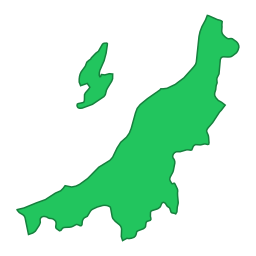 outline of Niigata
{"feature_id": "JPN-1867", "entity_name": "Niigata", "entity_type": "Prefecture", "adm_level": 1, "iso_a3": "JPN", "parent_name": "Japan", "parent_adm1": "", "projection": "orthographic", "projection_center": [138.832, 37.638], "detail": "fine", "context": "isolated", "style": "filled", "palette": "green", "viewbox_px": 256, "rotation_deg": 0, "n_neighbors": 0, "source": "natural_earth", "source_scale": "10m", "svg_char_len": 3716}
<svg xmlns="http://www.w3.org/2000/svg" viewBox="0 0 256 256"><path d="M17.1,209.6L23.9,208.0L36.3,202.9L45.2,199.7L55.4,193.1L60.7,190.8L63.1,188.4L65.1,185.7L71.7,187.0L76.0,186.1L79.7,184.3L87.7,178.5L98.8,167.2L110.0,160.3L112.7,157.2L114.6,153.2L117.1,148.0L120.8,142.2L126.5,137.2L129.3,133.2L131.2,128.5L135.5,112.9L137.2,108.4L140.2,104.6L147.4,98.7L160.0,89.9L160.8,88.8L163.1,88.8L167.1,88.3L175.3,84.4L177.5,82.7L183.9,77.9L193.9,66.7L195.6,64.3L196.3,62.1L199.0,36.5L200.0,31.8L201.9,26.7L205.5,20.0L207.3,15.4L208.6,15.7L217.4,19.6L220.1,20.3L221.4,20.9L222.2,21.5L222.1,22.5L222.0,23.5L221.9,24.9L222.0,26.8L221.7,31.3L222.2,33.4L223.0,34.7L224.2,36.0L225.5,37.2L226.9,38.2L228.3,38.8L231.1,38.5L232.4,38.8L236.4,41.7L237.3,42.7L238.0,43.7L238.7,45.4L238.9,47.2L238.2,49.7L237.4,51.4L236.4,52.8L232.8,55.6L231.4,56.5L229.9,56.9L227.7,57.0L223.9,56.8L222.5,56.9L221.1,57.8L220.3,59.6L219.0,73.9L217.1,77.7L216.8,79.2L217.1,82.7L217.1,82.9L216.2,85.4L216.0,86.7L215.7,89.7L214.8,92.6L214.6,94.1L214.8,95.8L216.0,97.9L218.2,100.4L221.6,102.3L225.2,105.1L221.4,110.1L219.5,112.1L212.7,122.5L208.1,127.8L207.0,129.5L206.6,130.9L206.9,132.1L207.2,132.9L207.7,134.0L208.3,135.4L208.6,137.1L209.0,142.7L208.7,144.2L207.7,144.5L205.0,143.9L203.7,144.1L201.5,144.7L200.2,144.9L195.5,144.6L194.0,145.5L193.2,146.5L191.8,149.9L190.8,150.2L187.8,149.8L186.4,149.9L180.2,151.7L176.5,151.7L174.8,152.5L173.5,153.9L172.9,155.3L172.7,156.5L172.9,157.7L173.7,158.8L174.4,160.1L174.8,161.6L174.8,163.2L173.4,170.4L172.9,172.0L170.1,177.3L169.7,179.2L170.1,180.7L171.4,182.9L172.0,183.7L172.8,183.7L173.6,183.3L174.5,183.3L175.1,184.2L177.2,188.6L177.6,189.8L177.7,191.2L177.5,192.8L177.6,195.9L178.2,202.3L178.1,203.7L177.3,207.0L176.9,211.9L175.7,213.9L174.3,213.3L173.2,213.1L172.0,212.9L171.0,212.1L169.9,208.6L169.4,207.8L168.6,207.2L168.4,207.1L167.8,206.7L167.2,206.2L166.7,205.5L165.9,204.2L165.5,203.6L164.7,202.8L163.5,202.3L162.3,202.7L161.5,203.9L160.6,206.1L160.0,207.1L159.7,207.4L157.7,208.8L151.8,210.7L150.9,211.3L150.5,212.5L150.4,216.3L150.8,218.0L150.9,219.4L150.3,220.3L147.0,221.4L146.2,222.3L145.9,223.5L145.5,226.7L144.8,227.6L143.5,228.7L138.2,230.7L136.8,231.6L136.0,234.7L135.4,236.0L134.0,237.3L131.5,238.2L129.0,238.6L126.9,238.3L122.6,240.6L121.3,236.6L121.6,229.2L121.3,227.6L120.4,225.8L119.5,224.8L115.2,221.3L112.9,218.6L112.2,216.8L110.7,208.5L110.3,207.1L110.1,206.9L108.4,206.0L106.8,205.5L104.8,205.3L103.0,205.4L97.3,207.0L93.2,208.9L91.5,209.9L90.3,211.3L87.3,216.3L84.7,217.6L83.6,218.5L82.7,220.1L82.3,221.5L82.0,224.6L81.4,225.6L80.2,225.8L78.4,224.9L77.3,224.6L76.5,224.4L75.8,224.7L72.9,226.3L71.4,226.9L69.6,227.2L65.1,227.4L63.6,227.6L62.4,228.4L60.9,230.4L59.5,230.8L56.3,228.5L55.9,227.8L55.7,226.9L56.1,223.8L56.0,222.5L55.7,221.4L55.0,220.5L54.1,219.7L52.6,218.8L51.1,218.5L49.5,218.4L48.2,217.9L46.6,216.9L45.2,216.6L43.8,216.4L42.9,216.6L42.2,216.8L41.4,217.2L40.7,218.0L40.2,219.0L40.1,220.1L40.3,222.4L39.8,223.9L39.0,225.6L35.4,231.1L34.0,232.2L32.8,233.0L28.5,234.5L25.0,217.5L24.0,215.7L22.7,214.6L19.3,212.6L17.3,210.3L17.1,209.6ZM101.3,74.5L104.8,74.9L109.3,73.7L112.7,74.0L112.6,78.8L111.7,81.2L107.7,87.7L106.5,90.0L105.3,94.7L103.9,96.6L92.5,104.3L82.2,108.1L80.0,108.3L79.0,108.1L78.0,107.6L77.3,106.6L77.0,105.4L77.3,104.1L78.2,103.6L82.9,102.6L84.0,101.9L84.4,100.3L84.5,94.7L85.5,92.7L88.7,89.1L89.9,87.2L87.2,83.4L80.6,85.7L79.2,82.1L79.2,79.1L79.5,76.6L80.1,74.2L81.2,71.8L85.3,66.2L86.8,62.2L88.7,60.5L90.6,59.2L91.4,57.8L95.8,53.2L98.4,51.3L102.4,44.3L103.3,43.5L104.4,43.2L106.8,43.1L107.4,43.7L107.3,45.0L106.1,53.2L104.1,60.7L99.8,70.5L99.3,72.8L99.2,75.2L99.8,76.7L100.6,76.6L101.3,74.5Z" fill="#22c55e" stroke="#15803d" stroke-width="1.5"/></svg>